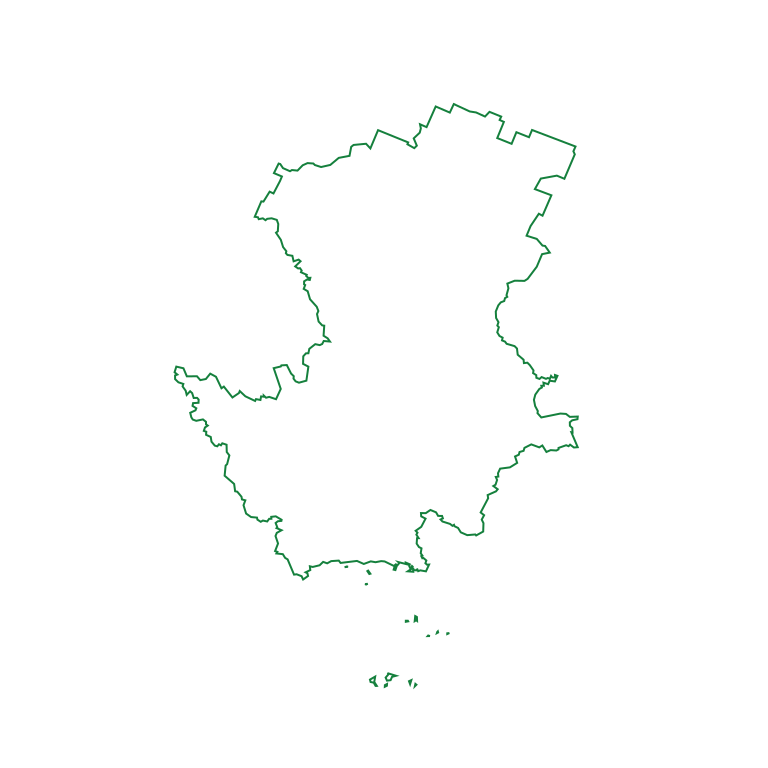 Isaac, Queensland, Australia (Robinson projection), rotated 107°
{"feature_id": "25037944B43894874276355", "entity_name": "Isaac", "entity_type": "district", "adm_level": 2, "iso_a3": "AUS", "parent_name": "Australia", "parent_adm1": "Queensland", "projection": "robinson", "projection_center": [148.499, -22.243], "detail": "fine", "context": "isolated", "style": "outline", "palette": "green", "viewbox_px": 768, "rotation_deg": 107, "n_neighbors": 0, "source": "geoboundaries", "source_scale": "gbopen_adm2", "svg_char_len": 6171}
<svg xmlns="http://www.w3.org/2000/svg" viewBox="0 0 768 768"><g transform="rotate(107 384 384)"><path d="M261.9,556.5L261.4,553.3L263.0,552.0L261.0,548.3L262.0,545.2L260.2,544.0L258.4,539.9L258.4,534.5L261.9,531.9L269.0,530.2L270.9,531.5L276.3,524.8L282.6,520.5L285.6,516.2L287.6,516.1L288.8,514.1L288.2,509.1L293.1,506.3L290.0,502.0L291.0,499.7L297.5,503.3L298.6,499.9L297.8,498.2L299.6,495.9L301.4,496.1L302.2,489.8L303.4,490.0L304.7,487.4L304.0,485.5L306.2,485.4L306.6,488.2L309.2,490.4L312.0,489.6L312.4,488.3L316.5,488.6L317.6,484.1L324.6,479.5L329.8,470.9L333.4,468.1L336.7,468.5L343.4,464.8L346.0,460.3L345.7,458.2L355.5,455.9L356.8,451.2L359.2,448.1L360.5,454.2L363.8,454.8L365.6,456.8L366.0,461.4L372.2,465.7L376.7,465.3L377.5,467.6L381.1,469.3L388.4,467.3L389.5,461.4L403.5,459.2L407.6,465.7L407.3,469.3L405.3,472.1L402.9,472.6L401.2,475.9L394.3,482.5L396.2,487.6L397.4,487.8L401.1,494.1L418.9,481.3L430.1,482.8L429.9,490.0L431.6,492.8L430.2,495.6L431.3,495.2L431.8,497.9L435.4,497.5L435.9,502.0L437.9,502.3L436.3,513.0L432.9,519.9L435.1,520.1L441.2,525.0L433.3,536.4L435.6,538.2L426.2,546.8L424.9,553.2L431.3,555.8L434.0,560.8L431.3,565.1L434.3,574.8L427.6,580.4L428.1,587.7L434.0,587.7L435.4,584.4L436.9,586.3L440.4,585.2L442.5,581.1L442.6,575.9L445.2,575.9L448.4,571.7L452.1,569.5L447.6,567.3L448.8,564.8L453.0,561.9L451.9,558.7L453.1,556.7L456.2,555.9L458.1,561.0L460.9,560.7L462.1,556.4L464.3,556.6L468.2,560.9L472.2,558.5L473.9,556.5L474.1,552.8L470.8,546.8L472.2,543.2L474.6,542.4L475.3,540.4L477.9,542.5L481.5,542.6L481.6,540.0L484.6,539.3L485.3,534.2L489.6,532.1L492.4,527.8L492.3,525.2L489.9,524.2L490.3,522.0L488.0,521.3L488.1,516.8L495.0,514.5L497.5,511.0L506.5,510.6L508.3,511.6L518.3,509.6L523.4,498.1L530.1,495.0L529.9,492.8L533.5,487.3L535.9,486.1L535.8,482.6L541.0,482.9L548.2,478.0L550.1,472.2L548.9,466.4L550.7,465.4L551.8,461.6L550.0,459.9L549.6,455.5L546.5,454.4L545.8,452.3L544.0,453.0L542.2,448.8L543.8,442.2L544.9,442.1L546.3,445.4L548.6,447.0L552.3,444.1L553.2,444.6L553.8,439.2L557.7,443.0L561.1,443.3L567.5,438.7L575.6,439.3L575.7,436.9L577.5,437.3L576.3,431.0L579.2,427.7L579.9,424.9L592.6,414.3L591.5,411.9L591.9,406.6L594.6,404.2L589.8,400.5L587.4,401.9L587.0,403.9L583.5,400.1L580.0,401.6L579.8,398.7L576.2,392.6L571.9,390.2L572.1,385.9L568.8,382.7L566.1,375.6L567.8,373.2L561.1,358.1L562.0,350.7L557.5,344.8L556.9,340.0L554.2,334.9L553.5,331.5L555.1,321.3L553.0,320.0L553.3,318.1L550.7,317.0L550.1,318.2L549.6,306.9L549.4,309.8L549.1,310.9L548.4,311.1L548.9,306.6L550.8,306.6L553.1,304.5L549.9,304.0L550.3,303.2L553.0,303.9L556.2,306.5L555.0,301.1L552.3,302.2L552.1,301.9L553.3,301.1L552.6,298.0L551.8,298.3L551.5,297.9L553.0,296.6L551.6,294.8L550.9,289.1L543.5,288.1L544.2,290.0L543.3,292.0L540.4,291.9L538.8,295.6L539.4,296.4L537.7,298.0L536.9,297.1L535.1,299.4L530.2,300.1L529.7,302.9L527.1,306.1L521.8,307.3L521.3,305.8L518.6,309.0L516.4,308.5L515.1,310.8L509.7,306.6L500.6,304.9L499.7,309.7L496.6,310.9L495.3,306.3L490.9,302.8L491.5,296.7L494.3,293.7L493.2,289.9L495.3,288.4L497.0,290.3L498.4,287.9L498.5,279.9L499.6,277.1L498.2,275.9L499.4,275.0L500.0,271.1L503.4,267.2L504.2,260.2L501.2,252.7L501.9,251.6L496.1,246.0L488.0,248.2L485.1,250.9L480.2,249.9L478.6,254.0L462.8,251.0L459.9,252.4L453.9,245.5L451.4,244.5L449.6,249.6L447.7,247.9L442.7,247.8L440.2,249.9L439.1,247.6L436.0,248.9L431.0,248.2L426.9,239.2L420.5,233.6L415.0,237.5L412.2,234.4L409.4,234.5L407.1,231.0L404.0,231.0L398.7,225.5L399.2,217.0L396.5,214.6L401.5,208.8L398.5,205.3L397.2,199.7L395.5,198.0L394.1,198.4L389.3,191.9L389.5,189.3L387.6,188.3L389.2,183.8L387.8,180.3L375.4,190.7L375.3,189.5L371.1,191.0L369.6,194.0L366.3,195.1L363.7,193.4L361.1,188.7L358.5,189.2L361.1,196.7L359.4,201.2L360.7,206.7L370.0,223.8L367.0,228.7L364.9,229.0L360.9,233.0L355.3,236.0L349.9,236.2L343.3,234.0L341.2,232.0L339.7,233.0L338.9,230.6L336.1,231.9L336.2,227.0L332.4,226.5L331.6,221.3L325.5,220.5L325.4,223.1L327.8,222.2L328.5,224.9L327.4,226.6L330.5,226.9L330.4,229.1L331.7,230.6L331.3,235.3L333.7,236.8L333.5,240.1L331.0,241.0L330.0,244.6L327.3,245.0L323.3,250.1L321.7,253.1L323.1,256.3L320.0,257.6L316.9,264.7L311.2,267.2L309.6,270.2L309.7,278.5L308.1,280.6L307.8,283.9L305.0,284.1L304.3,287.6L301.5,290.8L296.1,290.8L295.0,292.7L291.4,292.6L288.1,296.1L282.0,298.3L275.4,297.7L271.8,296.2L269.5,293.3L266.5,293.4L264.6,291.6L263.3,292.8L256.1,293.0L251.9,295.4L247.0,289.2L244.3,279.8L241.5,277.4L227.2,272.2L213.6,270.8L209.9,263.9L204.9,270.3L205.3,272.9L200.6,280.3L200.5,291.0L190.1,290.0L175.9,285.7L176.7,281.6L154.6,279.1L153.5,296.7L141.7,294.1L134.2,279.6L135.0,271.5L108.6,268.7L106.1,270.9L100.9,270.3L97.8,316.7L105.6,317.5L104.5,331.0L117.0,332.2L115.7,347.6L98.3,346.0L97.7,350.6L94.0,350.1L92.9,362.7L98.7,365.6L97.4,375.3L98.3,381.7L95.9,399.1L105.2,400.4L103.5,415.7L125.9,418.4L125.1,425.5L128.8,423.5L133.2,423.3L140.4,427.4L146.5,422.3L149.6,424.0L147.9,431.7L145.9,431.5L143.0,463.9L162.7,465.9L159.5,471.4L164.3,483.0L166.8,484.7L175.9,483.7L181.0,493.4L190.2,499.4L194.9,507.6L194.8,514.2L193.8,516.0L195.1,521.7L198.6,525.7L205.2,529.1L206.3,534.6L208.0,536.1L207.1,543.7L204.0,547.5L204.0,549.2L214.5,550.9L215.4,542.3L220.3,542.8L234.1,545.4L233.5,549.6L244.8,552.6L245.2,554.7L261.9,556.5ZM659.5,296.1L660.2,294.8L664.3,296.6L666.8,294.4L665.3,291.1L661.7,290.7L659.5,287.2L659.5,296.1ZM672.6,306.5L674.9,304.1L674.6,303.7L675.1,303.3L674.8,302.6L671.8,306.2L666.4,306.9L670.8,311.0L672.9,309.7L672.6,306.5ZM600.9,283.1L597.2,284.4L596.8,286.3L601.8,285.3L600.5,284.2L600.9,283.1ZM556.2,320.5L558.7,320.5L558.6,318.7L554.8,318.6L556.2,320.5ZM671.7,295.1L673.3,294.7L671.7,293.0L670.0,293.4L671.7,295.1ZM659.2,271.3L660.9,273.2L663.4,271.3L659.2,271.3ZM567.1,344.6L567.8,345.2L570.0,342.5L569.4,341.6L567.1,344.6ZM661.6,266.3L664.0,266.1L662.1,265.1L661.6,266.3ZM604.0,293.9L605.0,293.6L603.9,291.5L603.4,292.0L604.0,293.9ZM579.8,341.1L580.9,343.6L581.0,342.5L579.8,341.1ZM569.3,365.0L569.3,366.1L570.7,368.1L569.3,365.0ZM603.1,248.7L603.9,250.6L604.6,250.4L603.1,248.7ZM604.8,260.2L605.6,260.6L606.8,260.6L605.8,259.6L604.8,260.2ZM611.6,268.2L612.3,268.5L611.6,266.4L611.6,268.2Z" fill="none" stroke="#15803d" stroke-width="2"/></g></svg>